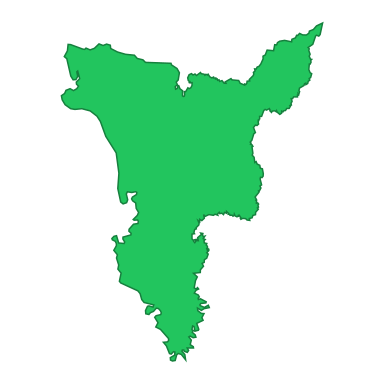 outline of Selaphum, Roi Et, Thailand
{"feature_id": "78962969B97010447332872", "entity_name": "Selaphum", "entity_type": "district", "adm_level": 2, "iso_a3": "THA", "parent_name": "Thailand", "parent_adm1": "Roi Et", "projection": "robinson", "projection_center": [104.072, 16.013], "detail": "fine", "context": "isolated", "style": "filled", "palette": "green", "viewbox_px": 384, "rotation_deg": 0, "n_neighbors": 0, "source": "geoboundaries", "source_scale": "gbopen_adm2", "svg_char_len": 5921}
<svg xmlns="http://www.w3.org/2000/svg" viewBox="0 0 384 384"><path d="M178.2,353.5L181.3,354.4L185.6,359.8L184.8,354.5L182.0,351.4L182.3,350.0L183.8,350.0L184.3,351.3L187.3,352.4L188.6,350.5L187.2,348.0L193.5,348.0L193.3,346.7L190.2,344.6L191.3,340.1L188.8,336.9L190.1,336.1L193.1,337.7L195.9,337.2L195.2,334.9L192.3,332.4L193.3,330.5L191.9,329.7L192.6,326.0L194.0,326.5L194.9,331.2L198.4,330.2L198.8,329.3L196.7,323.4L203.1,320.3L201.9,317.7L204.0,313.6L201.3,313.4L197.8,310.7L197.5,308.1L201.4,310.4L204.0,308.7L209.3,307.6L208.3,305.2L204.4,307.4L200.2,305.6L199.9,304.8L200.8,303.5L205.9,302.9L206.2,301.8L200.5,298.8L198.4,299.5L198.1,298.1L199.3,296.9L198.3,295.0L194.3,293.1L196.0,290.3L198.6,289.0L197.5,287.6L196.2,289.0L194.2,287.9L195.5,280.6L197.3,276.9L193.5,273.3L200.3,272.5L200.4,269.8L203.5,266.2L202.1,263.4L204.2,262.4L204.4,259.7L206.7,258.2L208.2,254.1L206.7,252.7L208.8,250.6L208.8,249.2L208.1,248.8L207.3,250.2L206.7,248.4L207.5,247.9L207.4,246.3L206.2,245.0L206.8,243.5L204.3,242.9L204.0,240.7L205.2,239.5L203.2,238.7L204.8,236.2L203.3,236.7L202.5,234.9L202.9,233.5L200.7,233.1L201.5,234.4L197.7,237.6L198.3,240.7L196.9,240.6L197.1,239.3L195.4,239.6L195.8,241.3L194.8,242.7L193.6,241.3L194.2,239.9L193.2,240.2L192.0,238.9L192.0,234.1L194.5,233.7L193.9,232.6L194.7,229.4L196.3,228.9L196.1,227.7L198.8,225.0L199.1,223.3L198.0,220.5L199.7,221.8L199.8,219.3L201.8,220.6L204.3,218.3L203.6,214.5L204.9,216.5L208.9,214.6L213.5,215.3L215.0,214.2L217.8,215.2L217.4,214.1L219.2,212.3L219.8,213.6L221.8,213.2L223.5,214.6L224.5,212.4L226.4,213.2L226.5,211.4L228.3,213.2L228.2,214.3L229.6,214.2L230.0,215.3L232.1,215.2L233.0,216.2L234.1,215.4L234.3,214.2L235.1,215.9L236.9,216.8L238.7,216.2L238.3,215.4L239.1,215.1L240.9,217.7L240.3,218.1L240.9,219.3L242.7,218.4L245.6,218.6L247.0,220.0L249.8,220.4L249.3,218.5L252.1,217.8L252.9,215.4L255.5,214.7L255.6,212.3L258.3,209.2L257.4,207.9L258.5,207.1L257.9,205.0L258.6,204.1L257.7,202.9L256.4,203.2L256.6,200.2L255.9,200.2L256.3,199.3L255.1,197.0L258.9,192.3L258.6,190.9L259.3,191.1L260.9,188.0L259.9,186.0L261.6,184.9L260.1,178.9L260.5,177.3L262.0,177.6L263.1,176.2L263.3,173.7L262.4,168.8L260.3,168.2L259.8,165.3L257.1,164.0L256.1,161.6L254.8,162.5L254.1,157.3L252.2,155.1L252.9,153.3L252.0,146.8L252.9,146.4L252.1,144.9L250.5,144.3L251.1,143.2L250.2,142.1L251.8,140.4L253.8,133.8L255.4,132.6L253.5,127.5L255.4,125.1L257.0,125.5L258.6,124.0L258.1,121.8L258.8,120.6L258.2,120.1L259.7,118.9L259.6,116.4L261.6,116.4L263.8,110.5L265.1,109.4L266.5,110.1L269.4,108.6L269.9,110.1L270.4,109.4L269.9,110.8L271.5,112.4L272.2,111.1L274.9,110.8L276.1,111.7L276.6,110.7L277.1,112.1L279.8,114.4L281.6,113.2L281.7,111.2L282.9,111.9L283.6,110.8L285.5,110.5L286.7,108.5L289.2,108.4L290.5,106.0L290.0,105.5L291.4,105.0L291.0,103.5L292.1,101.3L291.2,98.6L292.6,98.6L293.6,96.9L297.5,96.9L297.5,95.1L298.4,95.1L298.2,94.0L298.7,94.6L299.6,91.5L298.9,90.7L299.5,88.1L304.0,85.5L304.5,83.8L305.7,83.2L305.9,84.6L307.7,83.5L308.2,81.3L309.8,80.2L309.2,78.5L310.6,77.6L311.7,73.7L310.1,72.7L308.8,69.5L309.3,64.1L310.0,64.2L311.0,62.4L310.8,60.2L311.6,59.4L310.5,59.2L309.2,56.2L310.1,54.2L308.8,50.6L309.2,48.8L308.1,47.5L312.8,44.3L315.6,36.0L316.5,35.2L318.8,36.1L320.1,34.6L322.6,23.0L316.5,25.9L313.4,29.5L309.4,31.1L308.9,33.2L306.4,35.0L302.6,34.9L299.6,33.4L297.6,35.5L296.6,35.3L295.5,37.8L291.9,39.3L291.6,41.8L284.6,40.4L279.7,41.2L277.5,42.6L276.6,44.9L274.7,44.7L273.6,50.7L267.1,50.1L265.3,54.9L263.0,56.2L263.1,58.9L260.8,64.0L258.8,66.5L257.2,67.0L256.2,69.0L254.6,68.9L255.1,70.9L253.4,72.4L253.8,74.0L253.2,75.6L249.3,79.5L249.7,80.9L247.1,81.2L246.8,83.3L246.1,84.3L244.7,84.0L244.7,85.1L240.2,83.3L238.7,80.5L232.0,79.9L231.0,78.6L225.2,81.9L226.0,83.3L224.1,83.2L222.0,80.6L219.6,81.4L219.0,79.8L217.6,80.3L217.1,78.8L215.6,79.0L215.8,78.0L213.6,78.0L213.5,77.1L211.8,77.9L209.8,76.8L208.1,74.2L207.5,75.0L205.9,74.3L204.9,75.3L204.1,74.2L201.2,73.7L200.5,72.5L196.5,75.5L195.0,74.0L193.0,75.0L191.5,73.6L189.1,74.7L187.7,77.8L188.3,80.6L189.5,81.6L189.0,83.2L190.1,81.9L190.7,82.9L192.1,82.7L192.0,85.5L190.8,87.8L189.1,88.6L187.9,87.8L185.6,91.7L184.3,91.6L184.7,94.5L184.2,96.3L183.3,96.5L182.5,95.9L182.5,90.7L180.0,88.8L178.7,85.6L178.1,85.6L177.2,88.5L175.6,89.2L175.2,86.6L177.4,84.8L176.2,82.1L178.2,80.0L179.4,72.8L177.0,68.5L171.5,64.9L171.0,63.3L145.5,62.4L142.9,59.8L137.3,58.5L134.4,55.2L125.5,54.3L117.5,52.0L110.7,48.5L110.3,45.2L106.6,44.1L103.1,45.5L99.0,43.9L94.4,48.3L90.1,49.9L86.0,48.1L84.7,49.4L82.8,49.1L70.6,44.6L68.1,44.4L67.4,50.9L64.3,56.6L66.8,58.7L70.8,76.1L73.1,79.8L75.9,79.6L77.7,76.4L76.8,71.8L77.7,71.0L79.7,78.7L76.3,82.1L76.5,84.2L78.5,86.1L76.8,88.7L73.5,90.6L70.1,88.7L66.0,90.3L64.6,93.5L61.4,95.7L62.2,99.8L65.1,104.7L70.7,108.7L74.9,109.4L81.9,108.7L90.2,110.9L97.0,116.2L100.4,121.5L105.8,136.4L116.2,152.9L118.9,173.3L117.8,188.5L120.7,202.0L123.1,203.9L126.6,202.7L127.7,199.8L126.3,194.0L127.4,191.8L131.8,192.5L135.6,191.7L136.8,192.4L136.5,194.5L132.4,197.1L131.6,198.9L132.6,200.8L135.7,203.0L136.2,208.4L138.6,212.4L137.3,215.4L133.2,219.5L134.1,220.2L137.6,220.0L138.3,221.2L138.0,223.5L133.5,224.2L129.1,229.2L128.9,231.2L131.1,233.3L130.9,234.9L123.0,237.1L122.9,239.0L124.7,242.0L124.1,243.5L118.7,243.0L116.5,235.7L114.0,236.3L111.9,238.5L112.3,239.8L115.3,241.3L116.4,243.7L116.3,245.9L113.8,250.3L117.4,254.8L116.5,258.0L118.7,265.0L117.9,269.1L121.1,273.1L119.4,281.3L120.8,283.0L137.8,290.8L140.1,293.6L141.7,299.5L144.1,302.5L153.8,304.9L153.0,307.1L149.0,305.9L147.5,306.3L145.5,310.6L145.8,313.8L148.9,314.5L150.4,312.7L153.5,311.4L156.3,308.2L158.4,308.5L160.4,310.7L161.3,312.8L160.7,314.6L156.1,315.7L154.7,317.3L158.0,322.7L155.8,327.0L160.5,329.4L168.5,338.5L168.6,340.5L167.5,341.9L163.4,342.3L166.4,345.9L169.5,353.6L171.2,354.1L173.5,351.7L174.9,352.0L174.7,355.1L170.3,357.6L170.5,360.1L172.5,361.0L175.2,360.5L176.7,354.8L178.2,353.5Z" fill="#22c55e" stroke="#15803d" stroke-width="1.5"/></svg>